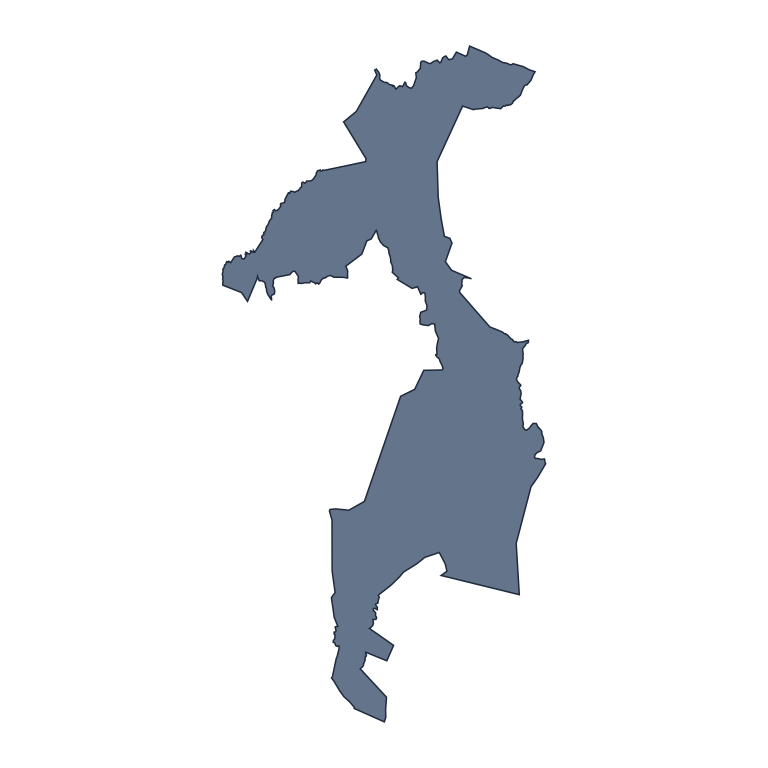 the district of San Juan Bautista Cuicatlán, Oaxaca, Mexico
{"feature_id": "50627088B27189344444752", "entity_name": "San Juan Bautista Cuicatlán", "entity_type": "district", "adm_level": 2, "iso_a3": "MEX", "parent_name": "Mexico", "parent_adm1": "Oaxaca", "projection": "equal_earth", "projection_center": [-96.99, 17.726], "detail": "fine", "context": "isolated", "style": "filled", "palette": "slate", "viewbox_px": 768, "rotation_deg": 0, "n_neighbors": 0, "source": "geoboundaries", "source_scale": "gbopen_adm2", "svg_char_len": 6050}
<svg xmlns="http://www.w3.org/2000/svg" viewBox="0 0 768 768"><path d="M506.5,63.1L502.7,62.5L498.2,60.0L492.0,57.4L488.3,54.6L485.3,52.8L469.6,46.1L467.3,54.7L465.7,56.3L456.4,52.1L452.3,59.0L448.6,59.6L445.9,56.0L444.4,56.5L442.7,57.8L440.9,62.0L439.8,62.9L437.2,60.1L433.3,61.6L430.5,63.5L429.2,63.5L423.9,61.1L421.6,61.3L420.7,62.4L420.3,68.3L417.2,72.1L415.8,72.7L416.3,77.8L413.5,85.8L411.5,88.2L409.0,87.6L406.5,85.7L405.6,82.4L404.9,82.2L402.6,86.6L399.9,85.7L398.2,86.7L397.8,87.6L395.8,89.1L394.3,86.1L393.6,85.7L392.8,86.3L392.1,85.5L392.3,85.2L389.2,84.4L387.0,82.5L384.2,82.3L380.1,79.8L379.6,77.9L379.9,75.1L378.8,72.3L376.4,69.1L374.7,70.1L376.8,75.0L356.4,111.3L343.6,121.9L365.9,158.5L365.7,161.6L324.0,170.4L322.9,169.9L322.2,170.8L320.8,171.0L320.2,169.9L319.5,170.5L319.0,170.3L317.3,171.0L317.3,171.7L316.2,173.1L316.3,174.4L313.8,178.4L312.3,180.0L311.4,180.6L309.3,181.0L306.6,181.1L305.5,183.0L305.1,183.2L303.0,182.1L302.5,182.2L301.7,183.2L301.6,186.8L301.2,187.3L300.4,187.6L300.0,188.6L298.0,190.8L296.4,191.2L294.9,192.3L293.2,191.5L290.7,191.2L289.5,193.4L288.9,192.7L288.4,192.8L285.1,199.0L284.6,202.3L281.6,203.5L281.1,203.3L280.6,203.8L280.4,204.5L280.7,206.2L279.0,208.8L277.3,210.3L275.6,210.8L274.3,209.5L273.0,210.6L273.3,212.2L272.1,213.0L272.3,214.1L271.6,215.3L271.7,218.0L269.5,220.8L268.0,224.6L266.4,226.9L265.2,231.7L263.8,232.4L263.8,234.9L262.7,235.2L261.8,236.5L261.9,238.1L262.9,239.5L254.7,252.3L253.4,250.4L253.3,251.7L252.9,252.2L250.8,250.8L250.3,251.0L250.8,252.4L250.1,253.6L248.9,253.9L245.8,252.2L245.7,252.5L246.8,253.1L246.7,254.2L245.2,254.3L246.0,256.0L244.1,259.0L241.7,258.5L241.2,256.0L240.7,255.2L238.9,256.5L237.8,255.8L234.4,257.0L230.6,262.7L228.8,261.2L228.0,262.3L226.7,261.6L226.3,262.3L226.0,264.0L224.6,265.0L224.1,267.5L222.8,269.3L223.1,271.4L222.3,274.2L223.0,277.1L222.6,279.1L223.2,281.8L222.7,282.6L222.8,285.2L241.6,292.6L247.5,301.4L257.1,278.5L257.5,276.4L259.0,280.5L259.9,280.9L261.7,280.7L264.3,282.1L265.3,283.9L265.7,287.2L266.4,288.4L266.6,291.2L267.9,294.6L271.7,300.4L271.3,296.2L271.7,295.3L274.3,293.9L274.6,292.6L274.7,290.9L274.1,287.9L272.7,286.0L273.5,282.9L273.2,280.9L274.2,278.3L275.6,278.1L276.0,277.3L289.9,274.6L291.8,272.3L293.2,271.3L294.9,271.3L298.5,276.7L298.0,279.6L298.2,283.4L299.6,283.2L301.3,283.5L304.4,282.8L309.6,282.8L310.8,281.0L314.8,283.0L315.6,283.9L317.0,282.9L318.8,284.1L319.6,283.3L321.4,279.8L323.5,278.1L324.8,278.1L327.5,276.3L330.2,275.4L334.3,277.4L336.0,277.1L336.6,277.4L337.9,277.2L344.1,277.4L347.3,278.1L347.7,277.7L347.5,274.4L347.7,271.4L347.4,270.1L345.8,266.2L361.8,254.1L366.9,240.8L371.2,239.0L376.2,230.4L376.9,231.8L377.6,234.6L378.0,235.0L378.5,238.4L379.5,239.9L380.2,241.7L383.5,245.5L387.9,247.9L388.9,251.3L388.9,253.2L390.0,256.1L390.8,260.2L390.6,261.3L390.8,262.1L392.0,264.7L392.5,266.7L392.5,268.8L392.9,269.2L392.3,272.4L398.4,277.7L397.2,279.4L412.1,288.4L417.6,286.8L420.8,294.3L421.8,293.7L422.3,292.8L423.6,292.7L425.0,293.2L425.4,298.1L425.2,300.8L426.7,304.9L427.0,306.7L426.8,308.2L426.4,310.2L420.7,312.3L419.6,316.9L420.3,319.1L419.9,320.9L420.2,324.0L423.1,324.9L428.3,325.6L431.8,323.6L434.6,324.1L435.4,331.2L438.6,338.6L437.6,342.1L436.6,348.0L437.0,354.2L435.8,354.6L435.7,355.4L437.8,357.8L438.8,358.3L439.5,359.4L440.0,361.4L442.3,365.9L443.0,368.6L442.1,369.9L441.3,370.0L423.8,370.3L414.7,389.3L400.6,396.3L364.4,501.4L348.8,510.2L335.9,508.9L330.0,509.4L329.4,510.9L332.0,520.1L332.1,570.9L335.1,592.5L331.4,597.6L334.2,617.3L337.8,626.4L335.3,626.8L335.1,627.3L335.8,629.4L335.9,631.2L335.5,631.9L334.0,632.2L334.3,634.3L334.9,634.5L335.0,636.9L334.8,638.7L333.4,640.4L333.2,642.3L334.9,643.0L335.4,644.9L336.1,646.0L337.2,646.4L338.1,645.9L339.1,646.0L339.0,648.8L337.1,656.5L336.2,658.7L332.4,676.7L331.5,678.0L333.8,681.0L339.8,691.0L344.0,696.8L349.4,701.6L354.2,707.2L354.2,708.5L384.3,721.9L385.8,717.2L385.6,709.8L386.5,697.2L360.2,668.8L362.9,666.4L363.5,665.0L363.6,663.9L365.1,660.1L365.2,657.1L366.2,656.3L366.5,655.1L365.5,653.2L365.7,652.2L386.8,660.8L393.6,645.4L369.4,628.4L371.2,627.2L372.8,625.4L373.4,623.4L373.0,619.4L375.8,619.5L376.3,618.9L376.6,617.3L375.6,615.9L375.6,612.7L373.2,610.0L373.4,608.7L374.5,608.2L377.3,609.7L377.4,607.3L375.6,605.0L375.6,604.5L376.0,603.8L377.9,603.1L378.3,600.2L379.3,597.3L378.3,595.2L391.2,585.0L399.6,576.8L403.5,572.1L416.8,563.8L424.9,557.3L439.3,552.5L445.2,563.8L446.9,571.2L441.1,575.5L519.3,594.7L516.2,543.4L531.0,486.8L537.4,477.7L545.7,463.7L545.4,463.4L544.8,461.4L544.7,459.4L544.3,458.9L541.8,459.4L537.1,458.4L535.6,458.5L534.5,457.4L535.0,454.9L535.8,453.8L537.3,452.5L540.7,450.9L544.0,442.5L543.4,438.0L541.6,433.0L541.9,432.2L541.8,431.5L540.3,429.3L538.0,426.9L536.3,423.5L533.1,423.4L531.2,425.5L529.7,427.8L526.5,430.2L524.8,429.6L523.0,427.0L523.3,423.7L522.4,418.6L522.6,413.8L522.4,410.4L521.4,409.6L521.0,408.7L521.6,408.0L521.8,407.2L520.1,405.4L520.5,404.3L522.5,402.8L522.5,402.1L520.1,399.1L521.1,393.6L520.8,390.8L519.3,388.7L519.3,387.9L519.7,386.6L520.8,385.6L520.7,385.0L517.4,381.5L516.6,379.7L516.6,378.6L517.0,377.3L518.0,376.2L517.9,375.1L519.1,372.1L520.0,367.2L521.2,364.6L522.3,363.3L523.1,358.1L522.9,356.3L523.2,354.2L522.5,348.8L525.2,345.6L526.3,343.5L528.3,342.6L528.5,340.3L522.8,341.8L518.1,342.4L517.4,342.5L516.2,341.7L514.0,341.7L512.3,339.4L510.8,338.7L507.3,334.8L505.4,333.7L504.7,333.9L502.2,331.9L489.8,326.9L459.6,292.3L459.6,290.6L462.3,285.7L461.7,284.0L462.2,279.5L464.0,277.6L468.2,277.9L471.5,278.8L451.6,270.3L445.4,261.7L452.0,243.1L449.8,238.3L444.4,236.3L441.3,219.5L438.2,197.1L437.1,161.6L462.6,106.1L473.6,109.7L474.7,109.2L482.7,108.5L487.1,106.8L488.4,107.6L488.8,108.3L490.3,108.4L492.0,107.4L500.7,108.7L503.2,106.1L505.2,106.1L506.8,104.9L507.9,105.5L508.5,105.0L510.5,104.8L512.4,103.3L513.6,100.8L514.4,100.6L516.6,98.2L517.9,97.5L520.4,95.2L522.4,89.9L524.5,85.7L525.3,85.1L527.0,84.9L530.8,80.5L533.5,74.3L535.1,71.7L529.3,69.8L523.5,66.7L513.1,63.7L511.3,64.8L510.0,64.6L506.5,63.1Z" fill="#64748b" stroke="#1e293b" stroke-width="1.5"/></svg>